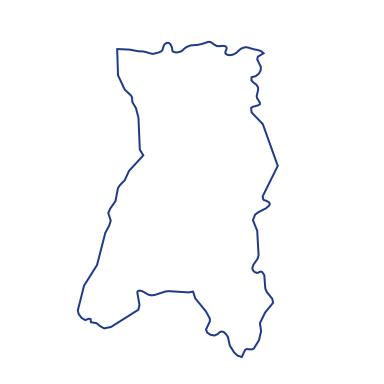 the border of Calvados, rotated 281°
{"feature_id": "FRA-5275", "entity_name": "Calvados", "entity_type": "Metropolitan department", "adm_level": 1, "iso_a3": "FRA", "parent_name": "France", "parent_adm1": "", "projection": "mercator", "projection_center": [-0.269, 49.094], "detail": "fine", "context": "isolated", "style": "outline", "palette": "blue", "viewbox_px": 384, "rotation_deg": 281, "n_neighbors": 0, "source": "natural_earth", "source_scale": "10m", "svg_char_len": 2340}
<svg xmlns="http://www.w3.org/2000/svg" viewBox="0 0 384 384"><g transform="rotate(281 192 192)"><path d="M44.9,117.6L47.9,116.7L47.9,114.7L45.9,111.7L47.3,107.7L50.5,104.1L53.9,102.5L79.4,103.9L102.2,112.7L135.4,114.7L143.6,117.2L148.4,117.7L155.4,113.8L160.1,114.9L168.5,118.6L181.7,118.6L185.1,120.0L190.9,123.8L200.6,126.1L218.7,137.2L223.6,132.7L254.6,125.3L263.6,121.0L268.9,116.3L273.3,115.1L275.1,113.7L279.7,106.4L292.5,97.1L316.6,91.6L318.0,91.3L318.2,92.2L319.9,103.8L319.9,112.4L320.6,116.8L320.6,119.7L320.1,124.5L320.1,127.4L322.7,132.9L324.1,134.9L325.8,135.9L329.8,136.3L331.7,136.9L333.6,138.7L333.9,140.6L333.1,142.4L331.4,143.8L329.6,144.9L326.8,145.9L326.3,146.3L326.1,147.3L325.9,149.7L326.6,151.8L327.6,153.9L328.9,155.5L330.8,156.8L333.0,158.6L335.5,162.3L337.6,169.8L339.4,173.9L342.5,179.4L342.8,181.4L342.0,183.5L340.9,185.7L340.0,188.6L340.4,191.2L341.3,194.2L341.5,196.2L341.3,197.4L340.5,198.3L339.1,198.6L335.7,198.0L334.2,198.5L333.4,200.6L333.5,202.8L334.2,205.0L335.2,206.8L336.6,208.5L341.9,212.6L343.6,215.2L344.4,217.2L344.5,218.9L344.5,219.6L344.2,221.9L343.9,225.8L343.9,230.0L343.6,231.9L343.1,233.7L341.8,235.8L337.5,230.9L334.6,230.7L327.8,235.8L324.7,236.2L321.1,235.1L317.9,232.5L316.1,228.6L312.9,229.0L311.2,231.4L309.7,234.6L307.3,236.9L305.2,237.4L298.4,237.2L296.5,238.0L292.9,241.4L291.2,241.9L289.8,240.6L287.2,235.4L285.8,234.0L281.5,235.3L272.1,248.6L234.0,271.2L201.2,262.2L198.4,263.3L197.8,264.3L197.5,266.8L197.1,268.1L196.3,269.8L195.5,270.5L194.4,270.6L193.1,270.1L190.1,267.7L184.7,260.8L181.7,258.2L175.9,257.2L166.4,263.4L142.7,269.4L139.2,269.2L132.4,266.2L128.9,265.7L127.6,266.2L126.3,267.3L125.3,268.9L125.0,271.0L125.5,272.6L126.4,273.5L127.0,274.4L126.8,276.1L124.2,278.8L111.2,282.4L108.0,284.6L102.5,291.2L98.6,292.7L87.7,286.8L76.2,283.7L68.6,286.4L59.2,286.0L50.0,282.5L48.8,280.6L48.3,275.6L46.9,274.2L39.5,272.3L40.0,268.1L42.5,264.0L48.5,258.4L56.4,255.0L58.8,252.7L60.6,249.9L60.7,247.7L59.7,245.9L57.6,244.5L55.4,241.5L55.4,237.4L56.9,233.7L59.8,232.0L68.2,234.2L71.1,233.7L77.4,228.5L88.2,215.5L94.4,212.1L92.8,207.8L90.2,188.0L89.3,185.0L83.7,174.8L82.8,171.8L82.9,168.7L85.1,162.3L85.3,160.2L84.8,158.2L83.9,157.5L82.6,157.6L71.1,162.0L66.1,161.7L44.1,138.3L41.4,131.8L42.7,127.5L45.0,123.4L44.9,117.6Z" fill="none" stroke="#1e3a8a" stroke-width="2"/></g></svg>